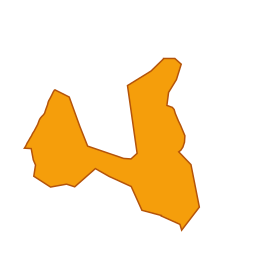 Morne Road, Castries, Saint Lucia (Equal Earth projection), rotated 198°
{"feature_id": "8701671B28120595422367", "entity_name": "Morne Road", "entity_type": "district", "adm_level": 2, "iso_a3": "LCA", "parent_name": "Saint Lucia", "parent_adm1": "Castries", "projection": "equal_earth", "projection_center": [-60.995, 14.006], "detail": "fine", "context": "isolated", "style": "filled", "palette": "amber", "viewbox_px": 256, "rotation_deg": 198, "n_neighbors": 0, "source": "geoboundaries", "source_scale": "gbopen_adm2", "svg_char_len": 1007}
<svg xmlns="http://www.w3.org/2000/svg" viewBox="0 0 256 256"><g transform="rotate(198 128 128)"><path d="M202.7,53.0L183.4,47.9L169.1,55.6L160.5,55.6L146.5,79.3L130.9,76.1L107.2,73.4L106.9,73.4L89.3,54.0L69.3,55.1L69.3,54.6L48.8,52.4L45.4,47.4L35.7,74.8L56.8,112.6L72.4,121.0L70.9,123.2L69.9,126.8L69.9,132.0L71.5,138.2L78.9,146.8L82.1,150.1L87.5,156.4L89.9,159.9L92.2,161.3L98.0,161.5L100.4,174.4L96.9,189.0L97.1,205.1L104.9,208.6L115.7,205.1L115.6,204.7L123.7,189.3L141.6,168.2L111.5,106.7L115.6,99.5L122.8,97.7L160.8,98.3L174.3,114.6L193.5,139.3L209.2,141.7L209.7,141.2L210.2,139.2L210.7,135.5L211.3,131.9L211.8,129.5L211.9,127.8L211.7,125.4L211.9,120.3L211.9,118.5L211.9,116.3L212.5,114.4L213.4,112.6L213.9,111.5L214.5,109.9L214.8,108.2L214.9,105.9L215.0,103.4L215.3,101.8L215.7,99.4L216.0,97.8L216.3,96.0L217.0,93.5L217.4,90.5L218.0,88.2L218.6,85.2L219.3,82.3L219.5,80.2L219.9,78.2L220.3,76.8L213.7,78.5L208.2,68.4L204.5,64.2L202.7,53.0Z" fill="#f59e0b" stroke="#b45309" stroke-width="1.5"/></g></svg>